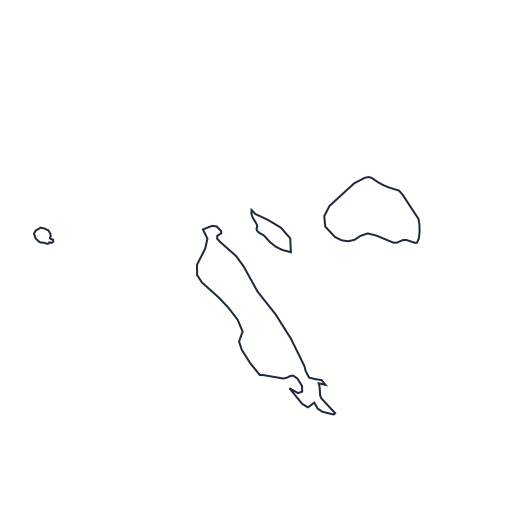 map outline of Romblon (Equal Earth projection), rotated 317°
{"feature_id": "PHL-2535", "entity_name": "Romblon", "entity_type": "Province", "adm_level": 1, "iso_a3": "PHL", "parent_name": "Philippines", "parent_adm1": "", "projection": "equal_earth", "projection_center": [122.144, 12.527], "detail": "fine", "context": "isolated", "style": "outline", "palette": "slate", "viewbox_px": 512, "rotation_deg": 317, "n_neighbors": 0, "source": "natural_earth", "source_scale": "10m", "svg_char_len": 1671}
<svg xmlns="http://www.w3.org/2000/svg" viewBox="0 0 512 512"><g transform="rotate(317 256 256)"><path d="M235.3,200.4L244.4,204.0L247.4,207.6L247.5,214.1L246.0,215.7L241.5,214.8L239.4,216.8L239.3,220.4L241.4,242.6L239.8,255.5L232.9,282.9L230.5,312.2L225.1,340.6L216.3,369.5L213.9,374.0L211.9,381.1L215.4,386.5L219.3,391.5L218.9,397.6L215.0,391.9L213.3,395.0L207.9,401.6L206.7,404.3L206.7,424.9L204.7,424.9L198.4,415.3L197.0,409.7L198.6,403.0L190.7,402.1L188.9,395.6L190.3,375.5L193.2,384.9L197.3,386.7L201.0,382.5L202.7,374.0L201.7,369.0L199.2,367.1L195.9,366.2L192.5,364.3L180.2,348.2L177.6,345.6L178.6,331.0L181.6,314.8L185.3,307.0L194.7,302.1L199.1,290.1L200.5,275.3L200.5,261.9L198.4,238.4L199.9,229.8L206.8,222.2L223.8,216.0L232.3,210.2L235.3,200.4ZM405.2,305.7L405.0,311.2L400.1,339.8L396.8,344.6L392.0,350.0L386.8,354.4L382.8,356.1L381.4,355.0L376.8,346.7L374.2,344.5L368.1,342.3L365.5,339.8L358.1,323.4L353.1,315.7L346.1,312.5L339.2,311.4L333.5,308.1L329.3,302.9L326.7,295.9L326.7,281.7L333.1,273.4L343.9,269.5L377.5,269.8L388.8,273.0L392.2,275.0L393.8,277.6L395.7,285.8L397.5,291.1L399.8,296.3L405.2,305.7ZM284.1,224.7L289.2,237.3L293.5,252.2L293.1,266.4L284.1,277.0L279.4,269.6L276.7,262.4L275.7,255.0L275.8,246.8L275.5,245.2L274.8,243.3L274.1,241.0L274.0,238.6L274.8,236.5L277.0,235.4L278.1,233.4L280.0,225.0L281.6,221.7L284.1,219.3L284.1,224.7ZM119.3,101.6L118.2,101.9L117.3,102.7L117.9,104.2L118.7,105.7L117.4,107.3L115.5,107.0L114.2,105.1L113.1,105.5L111.9,105.0L109.7,101.4L107.6,99.1L107.1,97.4L106.8,93.0L108.8,88.3L112.3,87.1L116.4,88.2L117.6,88.2L119.8,91.2L121.6,95.7L120.8,99.5L119.3,101.6Z" fill="none" stroke="#1e293b" stroke-width="2"/></g></svg>